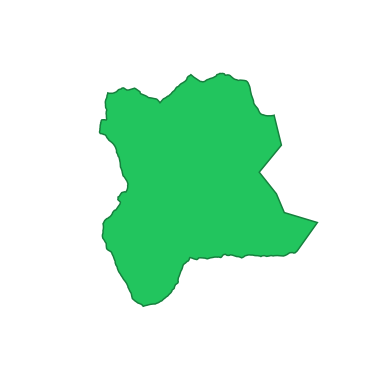 outline of Samtse, Samchi, Bhutan, rotated 211°
{"feature_id": "84629894B59986753144737", "entity_name": "Samtse", "entity_type": "district", "adm_level": 2, "iso_a3": "BTN", "parent_name": "Bhutan", "parent_adm1": "Samchi", "projection": "mercator", "projection_center": [89.139, 26.92], "detail": "fine", "context": "isolated", "style": "filled", "palette": "green", "viewbox_px": 384, "rotation_deg": 211, "n_neighbors": 0, "source": "geoboundaries", "source_scale": "gbopen_adm2", "svg_char_len": 5363}
<svg xmlns="http://www.w3.org/2000/svg" viewBox="0 0 384 384"><g transform="rotate(211 192 192)"><path d="M71.2,199.5L68.8,230.4L102.3,221.9L118.7,233.9L144.6,243.6L139.5,278.2L161.2,300.1L161.6,299.5L162.6,298.8L163.5,298.0L165.2,297.0L166.6,296.1L168.6,295.3L170.5,294.9L172.0,294.4L173.4,294.4L174.5,294.7L175.8,295.4L177.0,296.2L178.5,297.3L179.9,297.8L182.3,298.6L184.7,299.8L185.1,300.3L186.3,301.8L186.7,302.2L188.6,303.8L191.1,305.8L193.7,308.5L195.3,310.4L196.7,311.9L198.3,313.1L200.1,314.4L201.6,315.0L203.0,315.1L204.7,314.5L206.6,313.6L208.4,312.7L209.9,311.4L211.2,311.3L213.5,310.6L215.4,310.7L217.9,311.1L219.3,311.4L220.5,311.3L221.8,310.7L222.6,310.0L223.6,309.2L225.1,309.9L226.7,309.5L228.2,308.4L229.1,308.1L229.6,307.2L230.0,306.6L231.1,305.4L231.0,304.2L231.4,303.2L232.2,301.9L232.8,300.8L234.0,299.5L234.9,298.6L236.1,296.8L236.8,296.2L237.3,295.2L237.7,294.2L238.1,293.3L239.1,292.3L239.5,291.9L240.5,291.7L241.9,291.0L242.7,291.1L243.6,291.1L249.6,291.4L253.4,292.0L253.7,291.0L254.3,289.9L254.7,289.3L255.0,287.7L254.5,285.7L254.8,283.8L255.3,282.6L256.3,280.5L256.7,280.0L257.3,278.8L257.7,277.3L258.0,275.5L259.1,274.0L259.2,273.4L259.3,272.6L259.3,271.3L259.3,270.4L259.6,269.3L260.0,268.4L260.4,266.8L260.4,266.0L260.8,264.5L261.2,263.4L261.4,262.5L261.6,261.9L262.2,261.6L262.5,260.9L262.9,259.7L263.2,259.1L263.7,258.3L264.3,257.4L264.6,256.6L265.4,252.0L266.9,252.6L268.2,253.0L269.4,253.3L270.2,253.4L271.5,253.0L272.8,252.5L273.7,252.2L274.9,251.8L276.8,251.0L277.9,250.5L279.2,250.6L280.2,250.7L282.1,250.5L284.1,250.2L286.7,249.8L287.6,250.4L288.4,251.2L289.6,251.2L290.9,251.3L292.3,251.4L293.3,251.5L294.7,251.4L295.6,250.4L296.3,249.6L297.3,248.5L298.3,247.4L298.7,246.9L300.4,245.8L301.7,245.9L302.5,245.9L304.1,246.0L305.4,245.2L306.0,243.6L307.3,242.4L307.7,241.7L308.0,240.6L308.3,239.3L308.7,238.5L310.0,236.7L310.8,235.8L311.9,235.1L313.4,234.2L313.9,233.9L315.2,233.6L314.8,232.5L314.5,230.9L313.8,229.4L313.5,227.8L313.4,226.7L312.9,225.0L312.3,223.9L311.2,222.5L310.7,221.6L309.4,219.8L308.2,219.2L307.2,218.3L307.0,217.1L306.0,215.0L304.8,213.6L304.1,212.4L303.3,211.3L302.6,210.4L302.7,209.4L304.4,208.8L305.7,207.9L306.4,207.5L306.6,206.7L306.2,205.6L306.0,204.8L305.9,204.1L305.4,203.5L305.2,202.3L304.9,201.8L304.5,200.9L304.0,200.2L303.7,199.2L303.1,198.2L302.6,197.1L302.2,195.8L301.7,195.4L300.7,194.9L299.1,195.6L297.2,195.9L295.7,196.3L294.6,195.9L292.9,194.8L291.2,194.2L289.9,193.6L288.2,193.4L286.3,193.2L284.0,192.6L281.4,191.4L279.7,190.2L278.2,188.9L277.1,187.1L275.4,186.2L273.5,184.5L272.4,184.2L270.2,181.8L268.6,180.1L266.2,176.6L265.0,175.8L263.0,174.2L261.4,172.4L259.4,170.4L257.7,170.0L253.1,167.7L250.9,165.8L250.6,164.6L249.8,163.4L249.2,162.1L248.7,160.0L248.7,157.9L249.8,157.5L250.6,156.7L251.9,155.3L252.1,153.7L252.1,151.5L252.2,150.5L252.8,149.8L252.5,149.0L252.1,148.6L251.9,148.0L251.7,147.4L250.8,147.0L249.9,146.9L248.8,146.7L248.2,146.5L247.8,145.7L247.6,144.8L247.5,144.1L247.6,143.4L247.8,141.1L247.9,138.5L248.2,137.0L249.0,136.4L249.3,134.9L249.4,133.6L249.1,131.9L249.2,130.2L249.6,128.4L250.2,127.4L250.6,126.1L251.3,125.3L251.7,124.2L252.1,122.7L252.1,121.8L251.9,120.1L251.9,118.9L251.2,118.2L250.5,117.3L249.8,116.3L248.9,114.5L248.4,113.0L247.7,112.0L247.1,110.8L246.7,109.1L246.0,107.9L244.7,106.5L242.4,105.5L240.5,104.4L239.0,103.7L237.8,101.8L236.7,100.3L235.9,99.4L234.0,99.0L230.7,99.1L229.1,98.3L228.7,97.8L226.3,96.3L225.0,95.2L223.4,93.9L222.2,93.1L221.3,91.7L219.7,90.3L217.7,89.3L216.5,88.0L214.8,86.7L213.5,85.8L211.2,84.8L209.9,84.0L207.9,83.1L206.1,82.1L204.9,81.6L203.0,80.9L200.9,79.9L198.4,78.2L197.8,77.4L196.2,76.4L194.3,75.1L192.2,74.0L191.2,73.1L190.3,72.0L189.0,70.7L188.2,69.9L186.5,69.6L184.9,69.3L183.1,69.2L181.3,69.0L179.3,69.4L177.7,69.6L176.1,69.4L175.0,68.9L174.5,69.4L174.0,70.1L171.7,72.3L171.1,73.0L169.5,74.5L168.1,75.6L167.0,76.4L165.7,77.2L165.2,78.1L163.9,79.7L163.1,81.2L162.8,82.1L161.9,83.0L161.2,85.6L160.6,87.0L159.9,89.2L159.3,90.2L158.9,92.5L158.3,94.6L158.2,95.6L158.2,96.7L158.5,97.3L158.4,97.9L158.2,98.5L157.7,99.8L157.7,100.6L158.0,101.2L158.2,101.9L158.4,103.5L158.4,104.1L157.8,105.6L157.5,106.2L157.3,106.9L157.6,108.0L158.4,108.9L159.0,110.2L159.5,111.5L159.7,113.3L159.9,114.2L160.3,116.1L160.8,118.4L160.8,120.1L161.2,122.1L161.6,123.4L161.9,124.5L161.9,125.6L161.5,126.7L160.9,128.1L160.8,128.8L160.5,129.6L160.3,130.3L159.6,131.1L159.7,132.9L160.1,134.1L160.0,134.8L157.8,135.4L155.9,135.7L154.8,136.0L153.0,136.6L152.5,137.6L152.4,138.8L151.2,139.8L149.3,140.8L148.0,141.4L146.6,142.1L145.3,142.3L144.2,142.8L143.5,143.7L142.5,144.9L140.8,146.3L140.0,147.0L139.1,147.9L137.6,148.8L136.3,149.5L135.8,150.0L134.7,150.3L133.6,150.7L133.2,151.6L133.0,153.5L132.7,154.6L131.7,155.4L131.2,155.9L130.1,155.7L129.3,155.8L128.1,156.4L127.3,157.0L126.7,158.0L125.6,158.4L124.9,158.7L123.9,158.9L121.7,159.4L120.1,159.8L119.3,160.4L117.9,160.8L116.8,161.0L115.6,161.1L114.8,162.1L114.1,163.4L113.8,164.4L112.8,165.5L111.5,166.9L110.3,167.7L109.2,168.2L107.7,169.1L106.0,169.7L105.3,169.9L102.8,171.3L100.8,172.1L99.7,172.2L99.0,173.4L97.3,174.7L94.8,175.3L92.7,177.1L92.0,177.9L90.9,178.6L89.5,179.0L88.9,179.6L88.1,180.2L86.0,181.6L84.9,182.1L83.3,182.9L80.6,184.3L79.4,185.7L78.3,187.4L77.0,190.2L74.8,191.8L73.3,192.1L72.3,193.0L71.5,195.6L71.2,199.5Z" fill="#22c55e" stroke="#15803d" stroke-width="1.5"/></g></svg>